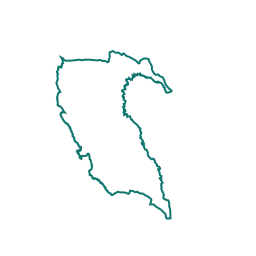 Wang Sam Mo, Udon Thani, Thailand (Equal Earth projection), rotated 321°
{"feature_id": "78962969B45411926077812", "entity_name": "Wang Sam Mo", "entity_type": "district", "adm_level": 2, "iso_a3": "THA", "parent_name": "Thailand", "parent_adm1": "Udon Thani", "projection": "equal_earth", "projection_center": [103.422, 17.016], "detail": "fine", "context": "isolated", "style": "outline", "palette": "teal", "viewbox_px": 256, "rotation_deg": 321, "n_neighbors": 0, "source": "geoboundaries", "source_scale": "gbopen_adm2", "svg_char_len": 5758}
<svg xmlns="http://www.w3.org/2000/svg" viewBox="0 0 256 256"><g transform="rotate(321 128 128)"><path d="M87.7,66.2L88.1,67.7L88.8,68.3L89.2,69.8L89.2,71.1L88.6,74.0L88.6,76.1L87.2,74.4L86.4,74.2L85.7,74.8L85.1,74.2L84.0,75.1L83.5,76.5L83.6,77.3L83.0,78.5L83.0,80.3L82.6,81.3L82.7,82.6L82.5,83.2L82.8,84.5L82.6,85.3L83.3,85.8L83.3,86.4L83.6,86.4L83.5,88.1L83.2,88.5L83.5,89.1L83.1,90.1L83.4,90.8L82.7,91.5L83.1,92.1L82.4,92.9L82.2,93.7L82.2,94.7L81.9,94.7L81.7,96.1L81.3,96.5L81.3,98.3L79.9,99.1L80.1,100.8L79.9,100.8L79.6,101.8L79.8,102.3L79.0,103.0L78.8,104.3L78.3,104.9L79.0,107.2L79.4,107.7L78.7,109.1L79.0,109.8L78.3,111.2L78.5,112.2L78.9,112.3L78.8,113.7L79.0,113.7L78.2,114.6L77.7,114.4L77.7,115.1L77.3,115.6L76.0,115.4L76.0,115.0L75.7,114.6L75.3,115.2L74.9,115.3L74.3,114.8L74.2,114.3L73.9,114.6L73.6,114.2L73.3,115.0L73.5,115.1L73.3,115.6L73.5,115.8L73.6,116.7L73.2,116.7L73.0,117.2L73.3,118.2L73.0,119.4L73.2,119.7L72.6,119.8L72.7,120.2L72.1,120.3L72.2,121.0L71.8,121.4L72.3,122.5L74.0,121.0L75.0,120.9L76.6,122.4L77.8,123.2L79.1,123.3L80.4,122.6L81.1,123.2L81.2,123.7L79.3,127.3L78.7,127.8L78.8,129.2L76.4,134.5L76.0,134.4L75.1,136.1L74.0,136.8L72.6,137.1L71.7,136.7L70.5,137.1L69.7,138.9L69.4,140.2L68.9,140.2L68.6,140.6L69.8,142.2L69.7,143.0L69.2,143.9L69.3,144.1L68.8,144.6L69.3,146.0L69.9,145.9L70.4,146.5L70.7,146.2L71.0,146.5L71.1,147.2L71.8,148.0L71.7,148.8L72.0,148.7L72.0,149.5L72.4,149.7L72.2,150.2L72.5,150.4L72.1,151.0L72.3,151.8L72.6,152.0L72.3,153.1L72.5,153.3L72.2,153.6L72.5,153.9L72.6,154.6L72.9,154.5L73.2,155.0L73.0,156.0L73.0,157.3L72.8,157.7L72.9,158.4L72.6,158.8L73.1,159.6L72.9,159.8L72.8,160.5L72.2,160.8L72.3,161.2L72.1,161.7L72.3,161.9L72.2,163.6L72.5,164.2L72.2,164.5L72.3,165.0L72.1,165.5L73.3,168.1L73.0,168.9L73.2,169.9L74.3,170.5L76.4,170.5L80.0,171.2L81.5,173.3L83.5,174.7L85.8,177.2L86.7,179.2L87.1,179.5L88.0,179.5L90.1,178.0L92.0,179.8L93.3,182.5L95.2,183.5L95.8,186.0L97.9,188.0L98.5,188.9L99.1,191.3L100.4,193.8L101.2,197.6L100.9,198.6L100.4,199.0L97.1,201.4L100.0,203.7L100.3,206.9L102.2,212.2L102.9,218.1L102.5,219.5L101.3,221.3L101.1,222.5L101.4,223.1L104.1,224.9L109.2,218.4L110.9,214.5L112.1,213.2L113.6,210.6L113.6,209.2L112.7,208.5L112.4,207.4L111.5,206.3L111.4,204.8L111.6,204.3L112.4,204.0L112.9,203.0L113.9,202.5L115.4,196.5L116.0,195.8L117.0,195.3L117.3,194.0L118.6,192.4L119.8,192.7L120.5,192.2L121.0,187.0L121.3,187.0L122.0,188.2L122.6,187.2L123.7,186.7L123.8,186.1L123.3,185.4L123.2,184.7L124.7,182.0L125.3,179.1L125.7,179.0L126.9,180.0L127.6,179.6L127.8,177.7L126.6,175.8L127.4,174.9L127.4,171.3L128.2,170.5L128.5,168.4L127.8,167.4L126.9,167.4L126.4,166.3L126.1,162.6L126.5,161.3L128.0,159.4L128.6,157.1L128.5,156.2L127.8,155.5L127.8,154.9L128.7,152.1L129.6,151.7L128.9,150.8L129.2,150.1L128.7,149.1L128.9,148.8L129.3,148.8L130.1,149.2L130.3,149.9L130.7,149.9L130.7,149.1L130.0,148.1L131.2,148.0L131.6,146.9L131.4,145.7L131.7,144.3L131.3,143.3L132.5,143.1L132.9,141.5L135.2,140.3L135.2,139.4L135.7,139.0L135.8,137.3L136.0,136.9L137.3,136.4L137.4,136.0L136.7,134.0L137.2,132.3L136.1,126.5L136.3,124.0L135.9,123.8L135.8,123.2L136.8,120.7L136.9,119.9L136.3,119.5L134.4,119.0L135.8,116.6L135.4,115.7L134.0,115.8L133.1,115.5L134.3,113.9L134.5,112.9L135.3,112.5L136.0,113.3L136.5,113.4L137.2,112.1L136.2,111.4L137.3,109.7L137.3,108.6L137.9,108.6L138.4,109.2L139.2,108.9L139.7,106.7L140.6,107.1L143.1,105.6L142.4,103.3L143.2,103.0L143.4,102.2L144.3,101.6L144.3,101.3L143.5,100.8L143.6,100.3L144.0,99.7L145.8,99.2L146.4,99.5L146.7,99.3L146.7,98.4L147.2,97.5L146.6,95.6L146.9,95.1L149.8,95.7L150.3,96.3L151.0,95.6L151.0,94.2L151.4,94.0L151.5,93.1L152.2,92.9L153.0,93.6L154.1,93.0L154.3,93.2L154.1,93.8L155.2,94.2L155.3,93.7L155.8,93.4L156.0,94.2L156.2,93.0L155.9,92.8L156.7,91.8L156.4,90.4L156.9,90.1L156.9,89.3L157.2,89.2L157.7,89.2L159.6,90.5L160.2,89.9L160.4,91.1L160.3,92.3L161.1,92.4L161.6,92.9L162.3,92.0L163.5,92.0L163.9,91.5L164.3,91.6L164.5,90.4L164.8,90.0L165.2,91.3L164.9,91.4L164.9,92.2L165.5,92.3L165.8,91.9L166.0,92.2L165.8,91.3L166.2,91.2L166.8,90.2L167.5,91.8L168.2,91.9L168.1,92.6L169.4,92.8L169.8,92.3L170.4,93.5L171.4,93.3L171.1,94.1L171.5,93.9L171.7,94.6L171.4,95.0L171.6,95.7L172.7,96.5L172.6,97.2L173.5,98.0L173.3,98.9L174.1,99.5L173.7,100.1L173.8,100.7L175.1,101.0L175.5,101.7L176.1,101.9L176.6,102.8L177.5,103.4L177.5,106.0L177.8,107.1L177.9,109.0L179.0,110.8L179.6,110.5L179.8,111.0L180.4,111.0L180.4,111.5L180.8,111.4L181.5,113.1L182.2,113.9L181.9,117.0L182.1,117.5L181.9,117.9L181.8,119.2L181.5,119.1L181.6,119.7L180.9,121.4L181.0,122.0L180.3,123.0L180.5,123.8L180.2,124.0L180.1,124.6L181.4,125.8L184.3,126.8L185.3,126.6L184.9,123.5L184.6,122.6L184.6,118.7L185.1,116.1L186.4,113.2L186.8,110.7L186.5,109.7L185.3,107.8L185.2,105.6L184.9,105.1L183.1,104.2L182.7,103.2L182.6,101.9L183.3,97.6L184.9,95.8L185.5,94.7L186.6,89.0L187.4,87.5L185.9,85.4L183.4,83.7L179.5,83.4L178.7,83.8L177.8,84.8L177.1,84.7L176.7,83.6L176.6,80.7L173.9,73.9L172.3,71.3L171.9,70.2L171.7,67.7L170.9,67.0L169.4,67.4L169.0,67.2L168.2,63.6L166.4,62.3L165.5,61.0L164.5,58.5L162.6,58.2L162.0,57.7L161.3,57.7L157.9,61.9L156.2,62.7L155.0,64.2L153.5,64.1L152.9,62.3L151.4,60.4L150.5,60.2L149.1,57.5L146.6,56.1L141.5,51.1L136.6,47.1L134.9,46.4L133.3,44.4L126.4,40.0L122.0,36.6L121.0,34.9L121.4,33.1L120.5,31.1L120.0,34.3L119.1,35.0L118.2,36.8L117.4,36.5L116.8,36.6L116.1,37.8L115.7,37.9L115.5,38.3L114.7,38.4L114.2,39.0L113.7,38.4L113.8,37.6L112.8,36.8L112.3,37.3L111.9,37.1L111.8,37.5L110.9,38.3L110.7,38.2L110.2,38.9L108.2,39.5L107.9,40.0L107.7,41.9L106.6,42.2L104.0,46.0L100.6,48.0L99.5,51.4L98.6,53.0L98.6,55.3L98.0,56.7L98.1,57.3L96.7,56.9L95.4,57.1L92.4,59.5L92.1,59.5L91.6,60.7L91.2,60.8L90.9,61.8L90.2,62.4L89.7,63.9L88.2,65.3L88.2,66.0L87.7,66.2Z" fill="none" stroke="#0f766e" stroke-width="2"/></g></svg>